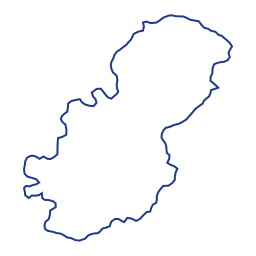 Santa Cruz do Escalvado, Minas Gerais, Brazil
{"feature_id": "56859067B58472062151824", "entity_name": "Santa Cruz do Escalvado", "entity_type": "district", "adm_level": 2, "iso_a3": "BRA", "parent_name": "Brazil", "parent_adm1": "Minas Gerais", "projection": "albers", "projection_center": [-42.82, -20.229], "detail": "fine", "context": "isolated", "style": "outline", "palette": "blue", "viewbox_px": 256, "rotation_deg": 0, "n_neighbors": 0, "source": "geoboundaries", "source_scale": "gbopen_adm2", "svg_char_len": 2519}
<svg xmlns="http://www.w3.org/2000/svg" viewBox="0 0 256 256"><path d="M218.2,87.7L214.1,83.8L210.4,80.8L210.7,76.4L212.3,73.5L212.5,69.0L214.0,64.3L217.7,62.8L220.5,62.2L224.3,61.7L227.5,60.3L229.8,56.9L228.5,53.0L229.7,50.2L232.0,46.4L229.4,42.5L225.4,39.0L221.8,35.9L218.4,34.8L215.4,31.8L210.8,30.7L208.3,28.9L204.2,27.8L201.2,24.5L198.7,21.2L194.0,20.5L190.2,19.7L187.4,18.3L183.5,16.5L180.0,16.4L175.5,16.2L172.4,15.4L169.6,15.4L166.5,16.4L163.3,17.7L160.3,20.0L156.6,22.5L150.9,23.1L146.2,21.6L143.0,22.5L143.9,26.4L143.0,30.6L138.5,31.6L133.7,33.9L131.2,39.3L128.1,42.7L125.9,45.3L122.8,47.4L120.0,49.7L116.8,51.7L114.3,55.2L113.2,58.8L111.4,61.8L110.8,65.6L111.4,68.7L112.8,72.2L116.7,75.8L117.4,80.2L116.7,84.5L117.0,88.4L118.2,91.8L116.5,94.2L113.8,96.4L111.3,98.7L107.9,97.4L105.7,94.9L103.6,92.1L100.8,88.7L96.7,88.9L91.8,92.5L93.1,96.6L95.5,99.2L96.5,102.8L93.6,106.1L90.0,105.9L85.4,104.6L81.9,102.3L79.9,99.2L76.6,99.7L71.5,101.0L68.1,103.5L68.0,106.7L67.2,111.7L64.1,114.0L61.8,116.3L60.9,119.1L62.4,122.1L65.4,124.5L66.4,129.9L66.3,134.7L62.1,137.0L58.1,138.0L57.7,141.9L57.5,146.7L57.5,150.4L57.4,154.3L54.2,157.0L50.4,159.1L47.5,158.8L43.5,156.5L39.5,158.8L37.1,157.2L33.8,155.8L30.4,155.9L27.1,157.7L25.3,161.1L24.8,164.9L24.0,169.1L24.6,173.7L27.5,176.7L32.5,178.0L36.3,179.3L39.1,182.5L36.0,184.4L32.8,185.0L29.5,186.4L25.9,185.9L24.0,188.2L24.8,191.6L25.2,195.2L28.8,198.0L31.7,195.6L35.2,195.7L39.1,195.1L41.8,193.2L42.3,198.1L44.6,199.8L49.0,200.1L53.1,201.3L55.6,203.4L55.7,207.1L53.1,208.8L50.2,210.5L49.7,216.0L48.6,219.2L45.4,221.9L44.4,225.8L45.3,229.2L47.7,230.8L52.8,231.8L56.7,233.1L60.7,233.6L64.5,235.7L67.1,237.5L70.9,238.0L75.3,240.1L79.4,240.6L85.1,238.7L88.2,235.4L91.4,234.1L94.3,233.4L97.5,233.3L100.0,231.6L102.6,228.5L106.5,227.5L109.6,226.3L111.4,221.5L115.0,219.0L118.5,219.0L121.5,220.9L124.1,222.1L127.3,217.9L131.4,218.5L136.1,220.9L139.9,219.0L143.3,215.3L146.6,212.1L150.3,211.5L151.1,208.2L152.8,204.7L156.0,203.0L156.9,199.7L156.8,195.8L158.3,192.2L160.7,188.8L163.3,185.9L168.5,185.7L172.4,182.9L174.8,179.9L174.8,176.8L175.6,172.6L177.4,168.6L174.2,166.3L170.7,164.9L167.3,162.8L169.3,158.6L169.4,155.0L166.9,153.0L166.5,149.7L166.3,146.7L165.3,143.2L163.3,140.7L161.5,137.5L161.8,133.8L163.7,130.0L165.8,127.8L170.0,126.8L173.9,125.0L178.3,124.0L182.3,122.0L186.2,119.6L188.8,116.6L191.6,113.5L194.9,109.5L199.0,106.1L202.6,103.7L203.8,100.9L206.1,98.7L209.0,96.5L210.4,93.2L211.1,90.0L214.3,89.1L218.2,87.7Z" fill="none" stroke="#1e3a8a" stroke-width="2"/></svg>